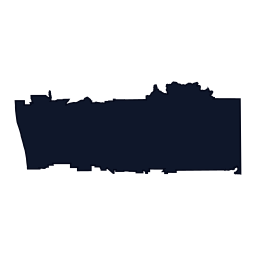 Waroona, Western Australia, Australia (orthographic projection)
{"feature_id": "25037944B30802850607008", "entity_name": "Waroona", "entity_type": "district", "adm_level": 2, "iso_a3": "AUS", "parent_name": "Australia", "parent_adm1": "Western Australia", "projection": "orthographic", "projection_center": [115.907, -32.849], "detail": "fine", "context": "isolated", "style": "filled", "palette": "ink", "viewbox_px": 256, "rotation_deg": 0, "n_neighbors": 0, "source": "geoboundaries", "source_scale": "gbopen_adm2", "svg_char_len": 5476}
<svg xmlns="http://www.w3.org/2000/svg" viewBox="0 0 256 256"><path d="M240.6,173.8L240.0,99.0L213.8,98.9L214.3,98.4L214.2,97.9L214.2,97.7L212.7,97.5L212.4,97.0L211.5,96.3L210.3,95.7L210.1,95.1L210.3,94.5L210.4,94.4L210.8,94.4L211.6,94.0L211.6,93.6L212.3,92.8L212.5,92.2L212.5,91.9L212.5,91.7L212.2,91.4L211.9,91.2L211.4,91.2L210.2,91.5L209.7,91.7L209.3,91.6L209.2,91.3L209.1,90.7L208.6,89.7L208.5,89.2L208.3,88.9L208.3,89.1L208.2,89.2L207.4,89.0L207.2,89.1L206.5,89.7L205.7,90.3L204.5,90.7L203.2,90.7L202.3,90.4L201.1,90.8L200.8,90.5L200.5,90.4L200.2,90.1L199.7,89.3L199.9,88.7L200.1,87.4L200.2,86.9L199.8,85.9L199.6,85.8L199.0,85.8L198.0,85.6L197.8,85.9L197.5,86.0L197.0,85.8L196.8,85.7L196.9,85.1L197.4,84.0L197.7,83.8L197.8,83.7L197.7,83.3L197.2,82.8L197.0,82.6L195.2,83.2L193.7,83.6L192.5,84.5L191.6,84.1L190.5,83.5L190.0,83.5L188.3,83.5L188.0,83.9L187.4,84.3L186.4,84.6L186.0,85.0L185.9,85.3L185.3,85.7L183.7,84.9L182.6,85.0L181.9,85.3L181.5,85.3L181.2,85.2L180.1,84.4L179.7,84.4L179.3,84.2L178.5,84.2L178.2,84.1L177.4,83.8L176.9,83.3L176.7,82.8L176.6,82.7L175.4,82.5L175.3,82.9L175.2,82.9L174.7,82.7L174.3,82.4L173.6,82.2L173.2,82.3L173.0,82.6L172.4,83.0L171.6,84.1L171.1,84.6L170.6,84.7L169.5,84.6L168.7,84.9L167.4,84.5L167.1,84.6L166.7,84.8L166.7,85.4L166.5,85.9L166.4,86.5L166.8,87.0L167.2,87.0L167.4,87.7L167.3,88.0L167.0,88.4L166.9,88.9L166.5,89.6L166.5,90.0L166.6,90.3L167.3,91.2L167.4,92.3L167.8,93.3L167.8,93.8L167.7,94.0L167.0,94.0L166.2,94.0L165.5,93.8L164.6,93.9L163.8,93.6L163.5,93.4L163.2,93.4L162.8,93.0L162.6,93.0L162.5,92.9L161.8,92.6L161.4,92.4L160.8,91.5L160.2,91.5L159.3,91.3L158.4,90.1L158.3,89.8L158.0,89.6L158.0,89.4L157.4,89.3L156.9,88.9L156.8,88.6L156.9,88.2L156.8,87.5L156.6,87.2L156.3,85.8L156.0,85.2L155.9,85.3L155.7,85.1L155.0,85.2L154.5,85.4L154.2,85.9L154.2,86.7L154.5,86.8L154.6,87.2L154.5,87.5L154.3,87.5L154.0,87.8L154.3,88.2L154.2,88.7L154.3,88.6L154.5,89.2L154.9,89.6L155.0,90.1L154.9,90.4L153.5,91.5L153.0,92.2L152.6,92.6L152.1,92.7L151.6,93.1L151.2,93.9L151.2,94.1L151.0,94.5L150.6,95.0L150.5,95.4L150.0,95.8L149.8,95.9L149.4,95.9L148.8,96.1L147.5,95.7L146.3,96.1L146.4,99.8L124.7,100.1L124.8,100.1L124.3,99.9L124.0,100.0L114.9,100.0L114.9,99.5L114.9,99.4L113.6,99.4L113.6,101.2L108.9,101.2L108.9,101.7L105.3,101.7L105.3,102.9L104.0,103.3L103.6,103.3L102.6,103.0L101.6,103.2L99.7,103.1L99.5,102.9L97.2,102.7L96.7,102.4L96.4,102.4L95.5,102.5L95.5,103.0L91.5,103.0L91.5,101.1L90.5,101.1L90.4,99.9L90.2,99.6L87.7,97.6L87.3,97.4L86.9,97.5L84.9,98.5L84.4,99.3L84.1,100.0L83.8,100.3L83.6,100.5L81.1,100.5L79.4,101.3L77.7,102.3L76.3,102.8L75.9,102.9L73.9,102.7L73.3,102.8L69.5,103.6L66.1,104.9L66.1,102.7L68.2,100.7L68.9,99.5L63.4,99.6L63.4,100.0L57.4,100.0L56.5,100.7L56.5,101.0L56.1,100.8L55.5,100.9L55.1,101.3L54.1,101.0L50.7,101.1L50.8,101.0L50.9,100.4L50.6,99.7L50.9,98.4L51.1,97.3L50.9,96.7L50.7,95.5L50.3,94.6L50.4,93.6L50.2,93.0L50.2,91.8L50.1,91.5L49.8,91.1L49.7,91.1L49.7,91.3L49.6,91.5L49.8,91.7L49.7,91.8L49.6,91.7L49.5,92.0L49.2,92.3L49.4,92.8L49.4,93.0L49.6,93.1L49.6,93.3L49.2,94.0L49.2,94.6L49.4,95.1L49.6,94.7L49.9,94.8L49.7,95.2L49.8,95.5L50.0,96.2L49.9,96.4L49.9,96.6L50.0,96.8L50.2,97.0L50.3,97.1L50.0,97.2L50.1,97.4L49.9,97.6L49.7,97.7L49.7,97.9L49.6,98.1L49.1,98.1L48.9,97.8L48.6,97.7L48.2,97.6L47.4,97.2L46.5,96.4L46.0,96.2L45.7,95.7L31.2,95.7L31.1,96.0L31.8,97.5L31.7,97.8L31.4,97.9L31.3,97.7L31.2,97.8L31.2,98.1L31.4,98.3L31.6,99.1L31.9,99.5L32.1,100.5L32.2,100.8L32.1,101.1L32.2,101.5L32.5,101.9L32.4,102.2L32.6,102.4L32.8,102.8L30.4,102.8L30.6,103.2L30.6,103.6L30.8,104.2L30.7,104.3L30.8,104.5L30.6,104.8L30.2,105.0L24.2,105.0L24.2,100.9L15.4,100.9L15.7,105.2L15.7,107.6L15.9,111.0L17.1,120.6L17.4,122.3L17.9,123.9L19.2,127.7L20.2,130.9L21.1,134.1L21.5,136.4L22.2,138.8L22.9,141.3L23.7,144.3L23.9,145.4L25.4,150.5L26.7,158.1L27.0,161.5L27.1,162.6L27.7,166.9L27.6,167.9L27.7,168.8L39.4,168.8L39.1,168.1L40.6,168.1L42.1,167.8L42.9,168.2L44.8,168.2L45.2,167.9L45.2,167.2L46.4,167.2L47.0,166.9L48.1,167.0L48.1,165.9L48.1,165.0L53.0,165.0L52.7,163.4L70.7,163.4L70.7,167.3L77.7,167.3L77.7,170.5L90.9,170.4L90.9,166.8L90.8,165.3L95.2,165.3L95.2,166.7L100.1,166.7L100.6,168.0L101.1,168.7L101.3,170.0L105.8,170.0L105.7,169.2L105.8,169.1L107.2,167.9L113.3,173.2L113.8,173.2L113.8,169.7L116.0,169.7L116.0,171.2L123.7,171.2L123.7,170.7L126.4,170.7L127.6,170.7L127.6,170.8L129.0,170.8L129.1,171.1L136.3,171.2L136.3,172.6L142.7,172.6L142.7,170.6L143.0,170.3L143.8,170.3L144.2,170.4L145.4,171.3L145.5,171.6L145.9,172.6L145.9,173.2L147.3,173.2L147.3,171.4L149.4,171.4L149.4,168.7L151.5,168.8L164.5,168.9L163.9,169.5L163.5,170.7L162.8,171.4L164.9,171.4L164.9,173.3L167.3,173.3L167.3,172.1L176.0,172.2L176.0,170.1L222.9,169.7L223.9,169.7L224.6,169.9L224.9,170.1L225.1,169.8L225.5,169.8L225.6,169.6L225.8,169.7L226.1,169.8L226.6,169.8L227.0,169.8L227.5,169.8L227.8,169.8L228.0,170.0L228.3,169.9L228.7,170.0L229.1,169.9L229.3,169.7L229.6,169.6L229.8,169.4L231.0,169.3L231.2,169.2L231.7,169.1L232.7,169.4L232.9,169.3L233.1,169.4L233.3,169.2L233.5,169.3L234.1,169.1L234.2,168.7L234.0,168.0L234.0,167.8L234.3,167.4L234.7,167.5L234.9,167.5L235.0,167.3L235.7,167.4L236.1,167.1L236.3,166.7L237.0,166.2L237.4,165.7L237.2,166.8L237.7,167.3L237.8,167.5L238.0,168.0L238.1,169.4L237.9,170.0L237.7,170.4L237.2,170.9L236.8,171.5L236.4,171.9L236.2,172.2L235.0,172.4L234.7,172.7L234.6,173.1L234.9,173.4L235.3,173.6L235.8,173.6L237.0,173.4L237.4,173.6L238.1,173.6L239.7,173.6L240.6,173.8Z" fill="#0f172a" stroke="#020617" stroke-width="1.5"/></svg>